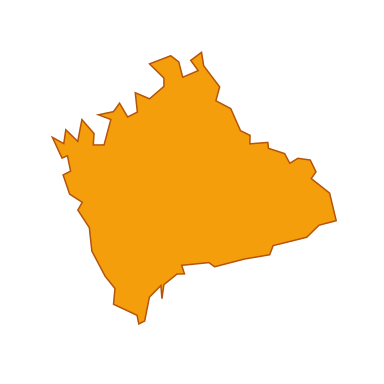 Rowan, Kentucky, United States of America, rotated 100°
{"feature_id": "52423323B15346846283864", "entity_name": "Rowan", "entity_type": "district", "adm_level": 2, "iso_a3": "USA", "parent_name": "United States of America", "parent_adm1": "Kentucky", "projection": "robinson", "projection_center": [-83.44, 38.207], "detail": "fine", "context": "isolated", "style": "filled", "palette": "amber", "viewbox_px": 384, "rotation_deg": 100, "n_neighbors": 0, "source": "geoboundaries", "source_scale": "gbopen_adm2", "svg_char_len": 1015}
<svg xmlns="http://www.w3.org/2000/svg" viewBox="0 0 384 384"><g transform="rotate(100 192 192)"><path d="M181.2,325.9L177.9,321.0L192.5,315.2L197.6,321.9L215.4,312.1L221.2,298.3L229.6,301.3L245.0,286.9L267.5,280.4L290.2,262.8L300.4,251.1L316.2,249.8L323.0,224.7L331.2,221.5L327.2,216.2L302.9,215.7L289.5,206.4L302.3,203.1L288.1,203.6L275.3,192.4L274.0,185.2L266.0,189.4L258.6,163.1L261.7,156.7L248.9,128.7L240.3,104.6L230.7,102.8L216.6,71.1L202.6,61.1L195.2,45.0L169.2,56.3L158.1,76.9L150.6,73.4L140.0,81.1L140.4,93.5L146.7,100.7L138.1,107.5L135.7,124.3L130.0,125.9L134.5,143.4L126.1,144.7L123.2,154.9L103.2,168.3L98.0,184.3L83.7,183.0L65.7,202.4L52.8,206.9L62.6,216.1L71.4,207.0L80.6,221.1L66.2,227.6L61.5,236.6L73.2,256.1L84.7,239.4L92.9,238.0L107.6,250.0L104.1,265.1L122.8,259.7L129.3,268.4L117.1,278.8L126.5,283.3L132.2,297.6L134.7,284.5L160.9,286.8L162.8,297.4L151.5,298.6L139.8,313.0L162.0,313.3L152.6,327.1L166.6,326.7L162.4,339.0L181.2,325.9Z" fill="#f59e0b" stroke="#b45309" stroke-width="1.5"/></g></svg>